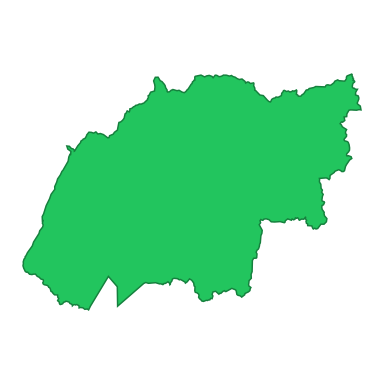 Arequipa, Arequipa, Peru (Natural Earth projection)
{"feature_id": "86281439B2261503093987", "entity_name": "Arequipa", "entity_type": "district", "adm_level": 2, "iso_a3": "PER", "parent_name": "Peru", "parent_adm1": "Arequipa", "projection": "natural_earth1", "projection_center": [-71.496, -16.361], "detail": "fine", "context": "isolated", "style": "filled", "palette": "green", "viewbox_px": 384, "rotation_deg": 0, "n_neighbors": 0, "source": "geoboundaries", "source_scale": "gbopen_adm2", "svg_char_len": 5879}
<svg xmlns="http://www.w3.org/2000/svg" viewBox="0 0 384 384"><path d="M357.4,89.3L355.6,89.3L354.2,88.2L353.5,88.3L352.4,87.3L352.3,86.4L352.7,84.1L353.2,83.1L354.5,82.1L354.7,81.4L354.2,80.8L353.1,80.4L353.6,79.1L352.8,78.4L352.9,77.3L352.1,76.0L352.1,74.5L351.7,74.1L347.1,75.9L346.4,77.1L346.4,78.9L344.8,81.0L344.2,81.1L339.1,80.7L337.7,79.9L334.8,81.2L333.9,82.8L331.0,85.0L330.1,85.3L327.9,84.8L326.7,85.0L326.1,85.3L325.1,86.9L315.8,86.5L313.6,87.6L309.2,88.5L308.0,89.8L306.3,90.0L303.6,93.9L302.2,94.6L300.8,96.2L298.4,96.2L297.7,95.0L296.4,94.4L296.8,90.7L296.4,90.0L294.1,91.2L292.7,90.8L291.5,91.6L289.8,92.0L288.4,91.0L286.4,91.5L284.5,90.4L283.5,90.6L283.1,91.7L281.7,93.3L281.4,95.6L278.1,97.3L276.0,97.0L275.1,97.9L273.4,98.3L271.7,99.4L270.7,101.7L270.2,102.0L268.7,101.4L267.3,100.1L263.3,95.6L259.9,95.0L255.4,90.3L254.8,90.2L254.8,88.1L253.7,85.9L253.9,83.5L253.6,82.9L250.4,83.5L248.7,82.1L247.3,82.0L245.7,83.0L245.0,81.4L242.0,79.0L239.2,79.5L236.8,78.4L235.4,77.3L232.6,76.4L231.6,75.5L229.3,76.1L226.6,75.2L223.5,75.1L221.3,76.3L219.1,76.7L216.7,75.3L215.2,75.2L213.1,77.7L212.0,76.4L209.2,75.4L206.6,75.9L204.6,76.9L201.0,75.1L195.3,76.3L194.8,77.0L194.8,80.1L194.0,80.2L193.6,81.0L192.4,82.0L192.1,83.5L191.2,84.2L188.1,89.1L187.3,89.6L185.9,91.5L184.2,92.7L181.9,92.0L179.1,90.3L177.0,90.7L172.9,89.5L172.5,89.9L171.4,90.1L169.4,91.8L167.6,92.0L167.1,91.5L167.1,90.0L165.7,87.8L165.1,85.6L164.3,84.3L162.0,81.6L160.2,80.7L158.1,77.2L155.3,77.3L153.6,80.9L154.7,84.6L155.0,87.0L154.5,91.0L150.6,92.2L149.2,95.1L148.1,95.8L148.4,97.6L147.6,98.7L147.6,99.5L143.6,103.3L142.3,103.5L141.6,104.1L139.3,104.0L137.4,105.1L135.8,105.3L134.6,106.4L133.4,106.9L131.7,108.4L129.9,108.8L129.8,110.6L129.2,111.9L127.2,110.9L126.0,113.3L125.1,113.8L124.1,118.3L122.4,120.5L120.4,122.1L119.1,122.3L118.8,122.8L117.4,130.1L114.4,132.3L113.2,134.2L109.6,135.7L109.0,137.6L107.7,137.8L103.5,134.6L100.3,133.5L97.9,134.0L95.9,131.9L93.6,133.1L91.2,132.3L88.9,132.2L86.6,135.1L86.5,135.9L85.1,138.3L83.1,139.2L82.8,139.8L80.9,141.1L80.6,142.5L77.8,145.8L74.6,151.0L74.4,151.1L74.5,150.3L73.1,148.9L71.4,148.5L69.4,146.3L66.8,146.0L67.8,149.1L70.9,151.4L70.6,154.7L70.3,154.8L70.3,154.0L70.0,154.2L68.8,157.0L68.1,161.3L62.9,170.4L62.0,171.3L60.3,175.0L57.6,178.9L56.7,182.1L54.7,186.6L54.8,189.3L51.1,194.3L49.6,198.7L46.2,205.6L43.6,213.9L42.2,216.6L42.4,221.2L43.0,220.9L42.4,223.3L43.2,224.9L42.6,227.1L39.7,230.8L39.0,233.5L33.6,242.0L32.3,245.9L27.5,252.6L25.9,255.9L25.2,256.5L25.1,257.8L24.0,259.2L23.2,262.0L23.4,263.2L23.0,265.8L23.7,268.1L25.3,271.5L26.4,272.2L27.0,272.0L28.0,272.5L29.5,274.2L32.0,274.6L33.0,274.2L35.5,274.1L37.2,276.3L39.1,277.2L41.0,279.1L43.1,279.6L43.4,280.5L43.3,281.8L42.8,282.7L43.1,283.8L44.2,284.7L47.0,285.3L48.3,286.2L48.7,287.3L49.6,287.7L50.2,288.6L51.0,291.4L52.2,292.0L53.0,293.3L54.5,294.8L57.6,295.0L57.7,297.1L58.7,298.3L57.6,300.7L59.1,301.9L59.5,303.7L60.0,304.4L60.6,304.5L62.6,303.8L63.6,302.3L65.2,301.8L65.7,301.3L66.4,301.3L69.0,302.0L70.0,303.5L71.7,304.2L72.3,305.1L72.4,305.8L73.4,304.8L74.9,304.6L75.6,305.0L76.8,304.5L79.0,305.8L79.1,307.9L80.4,307.5L82.9,307.8L84.8,309.3L87.3,309.0L88.6,309.9L90.5,306.0L108.4,276.4L117.3,286.7L117.6,306.2L143.8,283.4L145.8,282.5L148.4,283.3L155.6,282.7L159.5,283.9L160.8,283.8L162.9,284.6L163.2,284.4L162.8,284.1L164.3,283.4L165.5,283.4L167.9,281.8L169.6,283.3L169.9,284.7L170.3,284.3L170.5,282.8L171.9,281.0L172.4,279.0L174.1,278.3L177.9,278.7L178.3,279.3L179.4,279.8L180.6,279.5L184.9,282.0L185.4,283.1L187.1,281.9L189.5,278.9L191.7,280.2L193.7,283.0L194.1,285.9L195.0,286.7L194.8,290.8L195.3,292.3L197.0,292.8L198.5,294.0L199.0,295.2L198.6,297.2L199.6,298.9L200.4,299.2L201.8,301.0L203.5,301.4L206.3,300.3L207.5,300.5L208.6,299.9L209.8,299.9L210.6,298.4L212.1,298.7L212.9,296.0L212.1,294.4L213.0,291.9L215.7,291.3L218.9,294.2L219.7,293.3L220.8,293.4L223.2,291.2L224.6,290.7L225.2,291.5L226.1,291.5L231.8,288.4L235.5,289.8L236.1,290.6L236.9,294.5L238.0,295.3L240.2,295.8L241.7,297.1L244.7,294.8L245.0,293.5L248.4,291.9L249.9,290.6L250.2,288.8L250.9,287.5L248.9,286.0L248.6,284.8L249.1,280.6L251.3,278.3L251.1,274.3L252.1,271.7L252.4,260.5L253.6,258.3L256.3,258.1L256.7,257.7L257.0,253.9L256.1,252.2L257.0,250.2L258.5,248.9L259.3,246.6L259.7,244.0L260.3,242.9L260.9,235.6L261.9,233.3L262.2,230.3L259.2,224.7L260.6,222.8L260.0,220.7L260.9,219.5L262.2,220.3L263.3,220.0L263.8,219.2L266.1,218.8L269.1,219.7L271.2,221.8L274.5,222.0L280.1,221.6L284.3,222.7L284.9,222.4L285.3,220.8L287.7,218.9L291.4,220.2L292.1,219.0L293.6,219.8L294.9,219.3L295.4,217.9L296.7,218.3L297.5,217.8L298.4,218.4L299.0,219.9L299.6,220.2L301.4,219.1L303.9,219.2L305.4,217.2L305.6,217.3L305.4,218.8L306.6,220.3L306.0,221.2L306.4,223.2L307.6,223.9L307.7,225.6L311.8,225.9L312.6,228.0L313.3,229.0L314.8,228.2L316.0,229.0L317.7,228.5L320.9,224.2L324.0,224.2L326.4,221.8L326.9,218.6L324.5,215.8L324.0,213.5L324.2,212.3L322.2,209.5L321.8,207.5L322.0,205.5L323.5,204.8L324.5,202.5L324.2,201.8L322.2,201.0L321.9,200.1L322.4,196.4L323.2,194.4L321.7,192.3L322.4,190.1L321.1,188.4L320.8,184.2L319.4,181.9L319.6,179.3L319.4,178.4L326.1,177.9L327.4,178.3L329.1,179.6L329.9,178.5L330.1,175.4L334.3,172.4L334.7,171.5L335.5,171.0L338.8,169.7L340.5,170.5L341.9,171.6L343.5,171.5L344.5,170.7L345.5,166.5L346.5,164.6L349.6,160.0L351.8,158.5L351.1,156.7L348.3,155.7L347.1,156.0L346.6,155.4L346.7,153.8L348.6,151.8L349.5,150.2L349.6,147.9L349.1,144.7L348.2,142.3L346.9,141.4L345.0,141.0L344.0,139.9L344.2,139.1L346.5,136.4L346.6,134.6L345.6,133.6L345.5,133.0L345.7,131.3L346.6,129.6L342.3,126.8L341.4,124.9L340.1,123.7L341.3,122.1L342.0,121.8L342.6,122.2L344.8,120.5L344.1,117.0L346.7,116.6L346.9,113.8L349.0,110.2L350.7,109.9L356.6,110.2L359.1,109.6L361.0,109.9L360.3,106.1L357.7,104.1L357.2,103.1L358.8,99.1L358.8,97.7L358.2,95.9L355.5,94.9L355.7,92.2L357.4,89.3Z" fill="#22c55e" stroke="#15803d" stroke-width="1.5"/></svg>